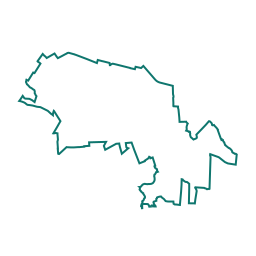 the district of Mihail Kogalniceanu, Constanta, Romania, rotated 85°
{"feature_id": "2599482B89648191700760", "entity_name": "Mihail Kogalniceanu", "entity_type": "district", "adm_level": 2, "iso_a3": "ROU", "parent_name": "Romania", "parent_adm1": "Constanta", "projection": "orthographic", "projection_center": [28.516, 44.369], "detail": "fine", "context": "isolated", "style": "outline", "palette": "teal", "viewbox_px": 256, "rotation_deg": 85, "n_neighbors": 0, "source": "geoboundaries", "source_scale": "gbopen_adm2", "svg_char_len": 5587}
<svg xmlns="http://www.w3.org/2000/svg" viewBox="0 0 256 256"><g transform="rotate(85 128 128)"><path d="M136.8,39.0L135.7,39.7L132.8,42.0L132.5,42.1L132.7,43.4L132.5,43.8L132.3,44.0L130.8,44.1L130.0,44.6L129.6,45.0L128.9,45.5L128.5,46.0L128.3,46.8L131.7,50.3L136.8,56.1L140.6,60.5L141.8,60.3L143.0,60.2L143.7,60.3L144.0,60.6L144.3,61.1L144.5,61.5L144.7,62.1L144.9,63.1L145.2,63.7L144.7,64.3L144.0,64.8L142.8,66.1L142.4,66.3L141.2,66.6L140.6,66.7L139.7,66.7L139.0,66.5L138.5,66.6L137.3,66.6L137.1,66.9L137.1,67.3L136.9,67.2L135.7,70.3L134.6,69.6L132.4,69.6L131.2,69.3L129.4,68.5L129.1,68.3L128.8,68.1L127.1,69.6L126.8,69.6L126.4,76.1L122.0,76.0L114.0,76.1L112.3,76.4L111.0,76.3L110.3,80.8L110.1,80.9L106.8,80.6L101.8,80.4L101.2,80.0L100.0,79.9L99.1,80.1L98.6,80.1L98.3,80.2L98.0,80.2L89.9,79.7L85.5,92.3L85.0,93.4L84.4,94.4L83.8,95.2L82.8,96.2L81.5,97.2L67.5,107.3L69.4,109.7L67.7,115.1L70.0,116.0L68.6,120.5L68.4,120.6L63.6,134.5L62.7,137.3L62.6,137.8L62.7,138.1L63.4,140.5L63.8,140.4L63.8,140.6L61.6,140.7L59.2,147.6L59.2,147.9L59.1,148.1L59.0,148.3L57.6,152.2L60.6,153.3L55.9,162.6L53.2,168.2L52.9,168.8L51.9,170.9L50.6,173.6L50.2,174.6L50.0,174.8L49.9,175.2L47.9,180.5L48.0,181.9L48.4,182.4L49.1,184.2L50.7,187.9L52.3,191.8L50.8,192.8L47.4,194.7L51.2,202.9L49.9,203.8L48.4,205.3L46.8,206.5L53.6,212.3L54.2,211.9L54.8,211.1L55.1,210.6L56.2,209.6L65.2,216.4L65.2,216.5L64.5,217.6L72.1,223.3L71.3,224.7L71.1,225.0L71.3,225.1L72.2,225.1L72.7,225.5L73.4,225.6L74.3,225.3L75.1,225.0L75.6,224.9L76.5,224.0L77.9,222.9L78.8,222.3L79.0,222.1L79.2,221.7L79.7,220.9L80.6,219.8L81.4,219.0L81.6,218.6L82.0,218.1L82.3,217.9L83.5,217.7L85.3,217.9L85.6,217.8L86.2,217.4L87.3,217.1L88.3,216.4L94.0,218.8L92.3,220.7L91.8,221.3L90.4,223.6L90.3,224.0L90.1,225.4L89.8,227.6L89.5,228.2L89.4,228.5L89.0,228.8L86.8,230.1L89.9,232.5L91.6,234.0L92.0,232.6L92.6,231.1L93.5,229.3L94.2,228.3L95.1,227.4L95.7,226.8L96.2,226.0L96.5,224.4L97.3,221.1L98.9,216.8L99.6,213.4L103.9,206.4L107.3,203.3L107.6,202.9L108.2,201.7L108.6,201.8L108.7,201.7L107.8,201.6L106.3,201.2L105.5,200.9L104.4,200.4L104.5,200.3L115.3,194.7L121.5,199.0L126.8,202.8L126.9,202.3L126.7,201.0L126.7,200.3L126.9,199.5L127.2,198.7L127.7,198.8L128.6,198.8L133.2,198.8L134.1,199.0L135.5,199.5L142.4,199.6L142.4,199.8L147.6,199.8L147.7,199.7L147.9,198.9L141.8,191.0L141.7,190.9L141.8,190.6L142.4,186.2L142.6,184.1L142.7,179.0L142.8,178.6L142.8,173.2L142.3,173.2L142.4,168.1L138.9,168.0L139.9,151.1L143.7,153.6L147.7,152.6L142.9,141.6L142.7,141.2L142.7,138.1L143.3,138.1L146.2,137.7L153.1,136.4L148.2,129.5L147.6,130.7L147.5,131.0L147.3,131.2L147.0,131.3L145.7,131.4L142.8,131.5L142.8,125.7L150.4,123.7L164.2,119.7L162.6,114.3L162.3,114.4L162.1,114.3L160.0,110.4L158.5,109.4L158.6,109.2L159.3,108.3L160.1,108.2L159.5,106.0L168.1,104.1L168.5,104.7L168.4,104.9L168.7,105.0L169.9,104.5L170.3,104.3L170.8,103.7L171.0,103.3L171.3,103.2L171.6,103.0L171.9,102.8L171.9,102.7L172.2,102.7L172.7,102.8L173.9,102.3L174.2,102.1L174.4,102.9L174.4,103.8L175.0,104.2L175.6,104.4L176.5,105.2L176.7,105.7L176.8,105.7L177.4,105.8L177.7,106.0L178.5,106.1L178.8,106.1L179.1,105.9L179.5,105.9L181.3,105.9L182.7,106.2L183.2,106.5L184.3,107.3L185.1,108.1L185.3,108.6L185.5,109.2L185.6,109.4L185.7,110.5L185.7,110.8L185.7,111.7L185.6,112.1L185.6,112.9L185.7,113.1L185.4,115.0L185.1,116.1L185.1,116.7L185.3,117.2L185.4,117.7L185.4,117.8L185.5,117.9L185.9,118.6L186.2,119.0L186.5,119.2L186.9,119.6L187.1,120.0L187.7,120.4L187.9,120.8L187.8,121.4L187.8,121.6L188.0,121.4L189.2,121.4L189.4,121.5L189.9,121.5L190.1,121.6L190.4,121.8L191.3,121.3L191.6,120.9L191.9,120.7L191.9,120.8L192.2,120.7L193.2,119.9L193.7,119.3L193.8,119.2L194.1,119.0L194.0,118.8L194.1,118.7L194.3,118.5L194.8,118.6L195.1,118.4L195.6,118.1L195.8,118.0L196.1,117.9L196.3,117.7L196.6,117.6L197.7,117.1L198.5,117.1L198.9,117.4L199.2,117.4L199.5,117.9L200.0,118.3L200.5,118.5L200.5,118.4L200.8,118.5L201.0,118.7L201.3,118.9L201.7,119.2L201.8,119.4L201.9,119.9L202.2,120.2L202.8,120.3L203.1,120.1L203.7,120.1L204.4,120.5L204.8,121.0L205.0,121.1L206.9,121.8L207.1,121.8L207.3,121.5L207.5,121.3L208.2,121.1L209.1,121.1L209.1,120.8L206.6,120.7L204.9,120.2L205.5,114.9L206.9,113.9L208.2,113.7L208.3,112.2L208.0,112.2L207.2,111.2L207.4,109.7L208.3,109.8L208.6,107.3L208.3,107.3L206.6,108.4L205.7,108.8L204.3,109.1L203.9,109.0L203.6,108.7L203.0,106.1L201.1,106.0L201.0,105.7L200.7,105.4L200.4,105.2L199.8,105.2L199.4,104.1L199.1,102.4L199.1,101.1L199.2,100.9L199.9,100.6L202.0,98.3L204.1,96.9L204.6,95.2L204.8,93.8L205.2,89.2L207.4,89.2L208.2,88.2L208.5,86.2L209.2,83.0L196.3,80.7L189.1,79.6L183.7,79.0L183.9,78.3L184.1,78.0L184.6,78.0L184.7,77.7L185.1,77.4L185.3,77.1L186.2,76.1L186.7,75.4L186.8,74.6L187.1,73.7L188.9,71.9L193.6,72.3L208.3,73.9L208.8,69.0L209.0,68.0L204.4,67.0L204.5,67.0L196.9,65.1L196.3,65.1L195.5,65.3L194.5,65.7L193.3,66.3L192.9,66.6L192.7,66.8L193.0,65.9L193.2,64.5L194.3,57.3L194.5,57.1L194.7,56.8L194.7,56.6L194.9,56.1L195.0,55.8L195.6,55.0L195.9,54.6L195.8,54.2L195.7,53.7L195.7,53.2L195.8,52.8L195.9,52.6L195.7,52.1L169.9,49.0L164.2,48.3L163.2,48.4L162.6,48.6L162.4,48.6L161.5,48.5L161.2,48.4L164.8,40.6L165.1,40.1L165.4,39.7L170.4,34.4L172.0,31.6L172.2,30.8L173.9,23.9L163.9,22.0L163.7,22.2L163.2,22.7L163.0,23.9L162.6,24.1L162.5,24.5L162.2,24.9L161.9,25.5L161.3,25.9L161.2,26.2L159.9,26.4L159.0,26.9L158.4,27.3L156.9,28.7L156.8,29.3L153.5,32.7L153.1,32.6L152.5,33.0L151.6,33.3L150.8,33.3L150.5,33.5L149.9,34.1L148.5,34.5L148.4,34.5L148.4,34.8L148.3,35.1L148.2,35.3L148.2,35.8L147.1,35.7L146.9,36.4L137.0,39.0L137.0,38.9L136.8,39.0Z" fill="none" stroke="#0f766e" stroke-width="2"/></g></svg>